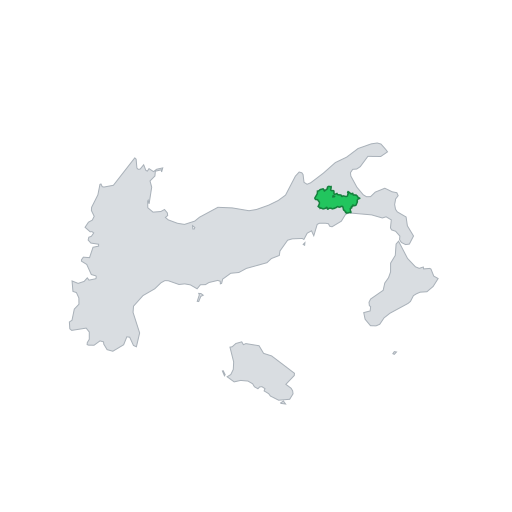 where Potenza sits in Italy, rotated 298°
{"feature_id": "ITA-5390", "entity_name": "Potenza", "entity_type": "Province", "adm_level": 1, "iso_a3": "ITA", "parent_name": "Italy", "parent_adm1": "", "projection": "robinson", "projection_center": [15.898, 40.519], "detail": "fine", "context": "in_parent", "style": "filled", "palette": "green", "viewbox_px": 512, "rotation_deg": 298, "n_neighbors": 0, "source": "natural_earth", "source_scale": "10m", "svg_char_len": 7629}
<svg xmlns="http://www.w3.org/2000/svg" viewBox="0 0 512 512"><g transform="rotate(298 256 256)"><path d="M110.1,122.2L112.9,123.7L123.8,120.5L130.3,122.3L135.8,119.3L139.4,114.6L138.8,111.0L147.6,105.3L148.3,111.8L152.9,116.2L157.5,117.3L156.3,119.9L160.8,125.3L162.6,124.8L163.3,123.9L162.3,119.3L169.1,110.5L169.5,104.3L170.7,103.7L173.9,104.1L176.4,109.8L187.2,108.0L190.8,112.4L192.5,111.5L189.9,104.1L191.3,100.3L194.1,99.6L196.1,101.4L200.2,101.9L200.5,99.7L199.5,98.2L201.1,91.6L207.2,92.2L210.8,94.6L215.1,94.5L218.9,89.3L221.8,88.0L235.7,87.7L246.0,84.6L246.8,85.3L245.0,87.7L245.5,89.4L251.5,96.9L285.7,102.9L285.2,104.7L277.8,109.5L277.2,111.3L278.3,112.9L283.8,114.0L279.9,118.5L279.9,120.2L282.9,120.5L282.4,125.9L286.0,127.6L290.0,132.3L285.9,133.2L287.6,131.9L283.6,127.3L279.2,129.2L272.5,127.2L267.8,131.6L251.9,137.1L254.7,134.6L253.6,134.6L247.8,137.8L246.4,144.5L250.6,151.1L254.1,153.4L252.4,157.5L250.3,159.0L247.5,157.9L246.7,161.5L248.0,171.2L250.3,178.0L258.0,185.5L263.7,187.9L281.1,199.5L287.3,212.4L292.7,228.6L297.3,234.6L306.8,243.3L315.5,249.6L323.6,253.5L345.0,253.3L350.4,254.7L351.0,257.4L350.0,259.3L343.6,263.8L343.3,267.4L346.3,269.9L360.8,276.6L375.8,282.2L385.8,289.6L398.9,295.7L409.1,305.1L412.7,310.0L413.5,313.8L411.0,320.5L409.7,323.2L402.4,319.4L396.5,308.0L383.8,306.1L380.1,304.1L377.9,300.7L373.9,300.3L371.1,302.2L364.1,312.8L360.4,321.9L360.2,325.7L362.2,329.3L368.4,331.3L376.3,337.9L376.6,346.0L378.0,350.6L376.0,353.2L372.0,352.5L366.6,354.2L362.8,357.2L361.3,360.0L360.9,370.2L353.7,375.5L347.6,385.7L338.5,385.8L336.3,382.7L336.2,378.0L337.8,375.1L341.1,373.7L343.4,367.7L342.7,363.4L344.0,361.5L351.4,358.5L351.7,352.5L348.9,349.7L346.6,338.8L337.6,317.6L334.7,315.5L326.8,315.0L317.5,309.4L316.9,307.1L318.5,304.8L317.5,301.8L314.6,296.5L312.6,295.2L301.0,297.5L304.3,293.2L300.2,290.5L293.1,290.5L293.2,288.6L288.2,280.0L284.8,276.5L271.7,274.8L267.4,276.3L261.0,270.8L255.2,268.8L240.5,253.3L233.4,248.6L228.9,241.8L219.9,237.4L215.7,238.5L214.7,237.6L216.9,236.3L216.5,233.7L210.5,226.9L207.0,224.8L204.5,220.4L199.4,219.4L199.7,211.6L197.9,206.1L194.7,201.4L193.0,190.2L191.5,187.1L187.8,184.7L179.5,182.0L168.0,174.8L154.2,171.4L148.5,173.9L133.4,189.4L119.7,193.0L119.5,189.8L125.0,182.6L124.0,179.9L115.5,180.8L104.7,174.3L103.4,168.5L106.7,163.0L108.6,161.7L107.8,158.1L101.2,154.9L98.7,150.1L98.5,148.5L100.3,147.7L104.2,147.9L110.6,144.5L112.6,139.9L103.8,128.2L104.3,125.8L110.1,122.2ZM252.5,188.6L253.0,185.7L250.2,187.5L250.9,188.8L252.5,188.6ZM336.0,374.9L325.0,390.9L321.3,401.8L321.7,405.9L324.8,408.9L323.3,410.1L326.6,415.2L326.6,416.6L321.7,422.4L321.6,427.4L312.3,426.7L304.7,423.7L301.1,417.9L298.1,415.5L294.9,413.6L288.4,413.7L285.5,412.5L268.3,401.1L261.5,398.1L253.8,397.3L250.7,394.8L248.2,389.8L251.4,382.0L256.6,377.7L261.1,382.6L265.1,381.0L265.4,379.4L268.2,377.5L271.8,377.4L285.4,384.4L292.6,382.4L299.1,383.2L305.1,382.3L312.9,378.2L321.9,378.7L332.3,374.1L336.0,374.9ZM173.9,288.2L178.2,300.8L173.6,308.4L175.1,316.7L170.5,345.0L168.4,345.9L156.7,342.6L155.7,349.1L154.1,351.7L151.7,353.4L145.3,353.0L139.3,343.7L139.1,334.5L140.4,331.8L140.7,326.5L143.1,326.2L143.4,322.6L142.1,320.7L139.7,320.0L139.8,316.0L141.6,313.0L141.8,307.6L138.9,300.8L134.6,295.8L135.8,287.2L139.5,289.4L145.2,289.2L152.0,286.0L163.3,275.8L164.7,277.6L169.3,279.3L173.5,283.7L171.8,286.5L173.9,288.2ZM196.1,223.0L197.0,225.0L196.6,227.8L194.4,226.2L188.9,226.8L188.4,225.4L195.1,224.2L196.1,223.0ZM140.8,348.3L139.2,351.6L137.6,347.3L137.8,346.7L140.8,348.3ZM139.3,280.9L136.7,284.5L135.4,284.4L138.7,280.3L139.3,280.9ZM237.2,425.1L234.1,424.3L234.0,422.7L236.5,423.0L237.2,425.1ZM290.8,292.9L288.3,293.9L288.4,292.2L290.8,292.9Z" fill="#d9dde1" stroke="#a8b0b8" stroke-width="1"/><path d="M339.1,319.8L339.0,319.6L338.8,319.2L338.6,318.5L338.2,317.9L337.3,317.0L336.5,315.8L336.4,315.7L336.8,315.3L336.9,315.1L336.7,315.0L336.5,314.9L336.5,314.7L336.7,314.4L337.0,314.1L337.6,313.0L337.7,312.7L337.8,312.6L337.7,312.2L337.7,311.9L337.8,311.7L338.0,311.5L338.3,311.2L338.5,311.0L338.7,310.9L338.9,310.8L339.0,310.7L339.4,310.3L339.5,310.2L339.9,310.0L340.1,309.5L340.3,309.2L340.3,308.8L340.3,308.6L340.2,308.5L340.2,308.4L340.0,308.2L339.6,308.0L339.6,307.9L339.3,307.5L339.2,307.5L339.2,307.4L338.6,307.1L338.4,306.9L338.2,306.6L338.1,306.4L338.1,305.1L338.0,304.9L337.9,304.8L337.7,304.6L337.4,304.4L337.0,304.4L336.9,304.4L336.7,304.3L336.2,303.8L335.9,303.5L335.8,303.3L335.6,303.3L335.5,303.2L335.4,303.2L335.2,303.2L334.9,303.0L334.6,302.3L334.5,302.2L334.3,302.1L334.0,301.9L333.8,301.8L333.7,301.6L333.5,301.3L333.4,301.1L333.4,300.9L333.5,300.5L333.5,300.3L333.5,300.1L332.9,298.7L332.5,298.2L332.2,298.0L332.0,297.8L331.7,297.8L331.4,297.7L331.2,297.6L331.0,297.4L331.0,297.2L331.1,296.9L331.4,296.4L331.5,296.4L331.9,296.1L332.0,296.1L332.1,295.9L332.2,295.7L332.0,295.4L331.9,295.3L331.4,295.3L331.3,295.2L330.7,294.9L330.3,294.4L330.2,294.3L330.0,294.1L329.6,293.9L329.4,293.6L329.2,293.2L329.0,292.8L329.0,291.9L328.9,291.7L328.9,291.4L328.9,291.2L328.9,290.8L328.8,290.7L328.7,290.6L328.2,290.2L328.7,289.8L328.8,289.4L328.7,289.0L328.7,288.8L328.7,288.4L328.8,288.1L328.9,287.6L331.7,287.5L332.2,287.3L333.1,286.8L333.4,286.5L333.6,286.1L333.9,285.2L334.4,284.4L334.6,283.9L334.5,283.4L334.0,282.5L333.9,282.0L334.1,281.5L334.4,281.1L334.7,280.8L335.1,280.7L339.3,280.9L339.8,280.8L341.9,280.0L342.1,279.8L342.3,280.0L342.8,280.6L343.2,280.9L343.3,281.0L344.1,281.2L344.7,281.5L344.9,281.6L345.2,281.9L345.5,282.3L346.6,283.5L346.8,283.7L346.8,283.9L346.6,284.3L346.5,284.6L346.5,284.8L346.4,284.9L346.3,285.1L346.1,285.3L345.9,285.4L345.7,285.4L345.6,285.5L345.5,285.9L345.6,286.0L348.5,287.2L348.8,287.4L348.9,287.5L349.1,287.5L349.3,287.4L349.5,287.1L349.8,287.0L350.3,286.8L350.6,286.9L350.9,287.0L351.3,287.2L351.5,287.4L351.6,287.5L351.8,287.9L352.1,288.9L352.3,289.3L352.6,289.7L352.2,290.0L350.3,290.7L349.5,290.8L349.3,291.0L349.1,291.9L350.0,293.5L349.9,294.3L348.4,295.2L347.7,295.5L347.4,296.4L347.9,297.1L349.2,298.1L348.6,299.0L348.6,299.8L349.5,301.7L349.7,302.6L349.5,303.0L349.1,303.2L348.9,303.6L348.9,304.0L349.2,304.3L349.9,304.6L350.1,305.0L350.7,307.4L351.0,307.9L351.4,308.3L351.8,308.5L352.3,308.5L353.3,308.2L354.2,308.3L354.6,308.0L354.8,307.8L354.8,307.4L354.9,307.2L355.2,307.1L355.5,307.0L356.1,307.1L356.0,308.3L355.5,310.5L355.5,310.9L355.9,311.2L356.3,311.4L356.6,311.7L356.7,312.1L356.3,312.4L356.1,312.6L355.8,312.8L355.6,313.1L355.6,313.4L355.7,313.7L356.1,314.1L356.2,314.4L356.2,314.8L356.2,315.0L356.3,315.1L356.8,315.5L356.7,315.6L356.6,315.9L356.5,316.1L356.5,316.4L356.5,317.0L356.5,317.3L356.4,317.5L356.2,317.8L356.0,318.0L355.9,318.1L355.8,318.4L355.7,318.8L355.6,319.0L355.4,319.2L355.4,319.3L355.4,319.5L355.6,319.6L355.7,319.8L355.8,320.3L355.7,320.5L355.4,320.5L355.3,320.4L355.2,320.3L355.1,320.1L355.0,319.9L354.9,319.8L354.7,319.7L354.4,319.5L354.3,319.4L354.2,319.4L353.1,319.2L352.9,319.2L352.3,319.4L351.8,319.6L351.7,319.7L351.7,319.8L351.6,320.0L351.3,320.1L348.4,320.4L348.2,320.4L347.9,320.4L347.6,320.3L347.4,320.2L347.0,319.6L346.4,319.0L346.3,318.9L346.3,318.7L346.4,318.3L346.6,317.9L346.6,317.7L346.4,317.7L345.9,318.0L345.7,318.0L345.3,317.9L345.2,317.8L344.8,317.2L344.7,317.1L344.3,317.1L343.8,317.2L343.7,317.2L343.6,317.3L343.4,317.7L343.4,317.8L343.2,317.7L342.9,317.5L342.8,317.4L342.7,317.3L342.1,317.0L341.9,317.0L341.7,317.2L339.9,318.4L339.8,318.6L339.7,318.8L339.5,319.1L339.1,319.7L339.1,319.8ZM345.5,297.3L345.4,296.4L345.5,295.9L345.2,295.8L344.7,295.9L344.3,296.2L344.7,296.6L345.0,297.2L345.5,297.3Z" fill="#22c55e" stroke="#15803d" stroke-width="1.5"/></g></svg>